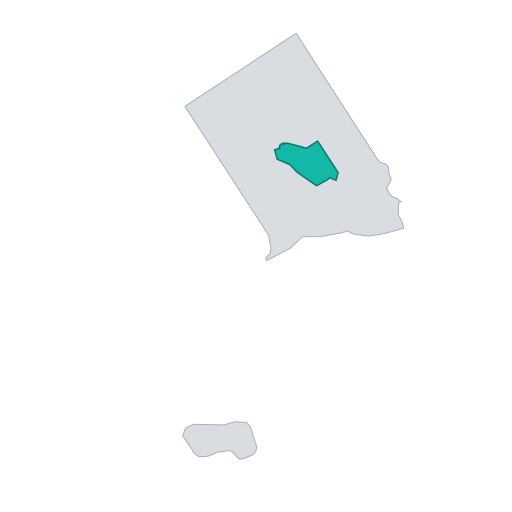 location of Bicurga, Centro Sur, Equatorial Guinea, rotated 237°
{"feature_id": "11065452B87560810385120", "entity_name": "Bicurga", "entity_type": "district", "adm_level": 2, "iso_a3": "GNQ", "parent_name": "Equatorial Guinea", "parent_adm1": "Centro Sur", "projection": "albers", "projection_center": [10.52, 1.549], "detail": "fine", "context": "in_parent", "style": "filled", "palette": "teal", "viewbox_px": 512, "rotation_deg": 237, "n_neighbors": 0, "source": "geoboundaries", "source_scale": "gbopen_adm2", "svg_char_len": 2108}
<svg xmlns="http://www.w3.org/2000/svg" viewBox="0 0 512 512"><g transform="rotate(237 256 256)"><path d="M420.2,277.9L420.4,304.3L420.5,326.6L420.6,350.8L420.8,375.9L420.9,397.2L421.0,411.0L397.7,410.9L366.7,410.8L335.8,410.7L304.8,410.6L289.3,410.6L272.1,410.5L266.6,411.2L262.8,414.7L258.3,415.5L253.0,412.5L246.5,411.1L244.8,408.0L241.6,402.4L235.2,401.8L232.0,402.4L227.4,405.6L222.3,407.3L223.2,404.7L213.0,397.8L205.7,397.2L198.9,395.0L204.4,377.2L211.3,361.3L221.6,349.4L227.0,346.5L228.8,340.6L236.9,321.1L247.0,305.3L243.9,289.2L246.3,262.3L249.2,263.1L249.6,265.6L250.4,269.4L254.2,272.7L266.7,277.9L303.9,277.9L326.1,277.9L359.0,277.9L393.8,277.9L420.2,277.9ZM125.3,96.5L128.1,97.0L145.1,96.5L149.7,102.6L149.2,111.4L131.7,137.3L128.4,148.2L121.6,157.4L115.7,158.2L95.6,152.7L92.2,149.4L91.0,145.0L93.0,134.7L94.4,131.5L104.1,129.6L107.3,127.9L112.4,116.8L114.2,106.7L118.5,99.0L125.3,96.5Z" fill="#d9dde1" stroke="#a8b0b8" stroke-width="1"/><path d="M335.0,329.5L325.9,326.6L325.6,326.5L313.9,334.3L303.8,336.1L296.8,339.0L281.9,345.1L281.6,350.0L281.3,354.0L281.1,357.6L281.4,360.5L275.9,364.4L277.3,365.9L278.8,367.6L281.2,370.3L284.4,370.3L306.9,370.3L318.8,370.3L318.9,356.9L322.4,354.0L333.8,343.5L333.8,343.3L333.9,342.9L334.1,342.7L334.4,342.4L334.5,342.1L334.5,341.9L334.5,341.7L334.4,341.5L334.4,341.2L334.5,341.0L334.5,340.9L334.4,340.8L334.4,340.4L334.4,340.2L334.6,340.0L334.7,339.9L334.9,339.9L335.0,340.0L335.4,340.2L335.5,340.3L335.7,340.5L335.7,340.3L335.7,340.1L335.7,339.9L335.7,339.7L335.7,339.4L335.8,339.3L335.9,339.2L335.8,338.9L335.8,338.7L336.1,338.4L336.2,338.1L336.2,337.9L336.0,337.7L335.9,337.5L335.7,337.3L335.7,337.1L335.8,336.7L335.9,336.3L335.7,336.0L335.6,335.9L335.2,335.7L334.9,335.5L334.8,335.4L334.6,335.2L334.5,334.9L334.4,334.5L334.2,334.4L333.9,334.3L333.5,334.6L333.4,334.6L333.3,334.4L333.7,333.6L333.7,333.3L333.8,333.0L333.8,332.8L333.9,332.7L334.0,332.7L334.1,332.4L334.1,332.1L334.3,331.9L334.4,331.6L334.4,331.2L334.4,330.9L334.5,330.5L334.6,330.4L334.7,330.1L334.8,329.9L335.0,329.5Z" fill="#14b8a6" stroke="#0f766e" stroke-width="1.5"/></g></svg>